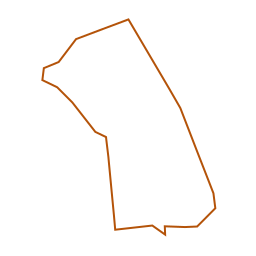 Magdalena Teitipac, Oaxaca, Mexico (Mercator projection), rotated 177°
{"feature_id": "50627088B73961742428916", "entity_name": "Magdalena Teitipac", "entity_type": "district", "adm_level": 2, "iso_a3": "MEX", "parent_name": "Mexico", "parent_adm1": "Oaxaca", "projection": "mercator", "projection_center": [-96.555, 16.889], "detail": "fine", "context": "isolated", "style": "outline", "palette": "amber", "viewbox_px": 256, "rotation_deg": 177, "n_neighbors": 0, "source": "geoboundaries", "source_scale": "gbopen_adm2", "svg_char_len": 512}
<svg xmlns="http://www.w3.org/2000/svg" viewBox="0 0 256 256"><g transform="rotate(177 128 128)"><path d="M211.0,180.3L196.6,172.4L182.3,156.5L160.8,125.8L150.4,120.1L150.3,117.8L149.1,100.0L148.9,94.9L147.6,64.2L146.6,41.0L146.1,27.1L109.1,29.3L108.8,29.3L96.5,19.6L96.4,27.9L76.3,26.1L64.1,26.0L45.0,43.3L46.1,58.3L50.4,71.4L50.9,72.9L60.6,102.2L74.7,145.2L79.0,153.7L85.0,165.5L121.9,236.4L147.9,228.2L175.2,219.5L193.8,197.5L208.9,192.2L211.0,180.3Z" fill="none" stroke="#b45309" stroke-width="2"/></g></svg>